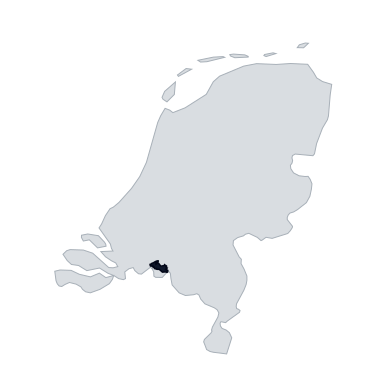 Alphen-Chaam, Noord-Brabant, Netherlands shown in context, rotated 5°
{"feature_id": "6326949B83177775989799", "entity_name": "Alphen-Chaam", "entity_type": "district", "adm_level": 2, "iso_a3": "NLD", "parent_name": "Netherlands", "parent_adm1": "Noord-Brabant", "projection": "mercator", "projection_center": [4.85, 51.507], "detail": "fine", "context": "in_parent", "style": "filled", "palette": "ink", "viewbox_px": 384, "rotation_deg": 5, "n_neighbors": 0, "source": "geoboundaries", "source_scale": "gbopen_adm2", "svg_char_len": 5128}
<svg xmlns="http://www.w3.org/2000/svg" viewBox="0 0 384 384"><g transform="rotate(5 192 192)"><path d="M240.6,350.3L233.7,350.0L227.3,349.8L223.9,349.3L220.3,347.7L218.7,344.3L216.7,340.3L217.2,337.8L223.2,330.8L224.1,328.9L223.5,327.9L224.1,324.8L228.7,314.3L229.3,310.1L227.3,307.1L224.3,305.4L214.6,302.3L210.0,297.9L207.9,294.0L205.7,292.9L202.5,294.2L194.5,295.7L188.0,293.6L180.3,286.3L178.5,279.8L177.5,274.8L175.6,273.0L173.0,275.6L169.8,279.7L163.3,280.2L161.4,279.2L161.1,277.0L160.8,274.8L159.0,272.1L157.1,270.6L148.8,278.2L145.8,278.1L141.9,275.3L140.0,272.4L135.8,274.0L132.0,277.5L133.3,284.1L131.3,285.3L126.6,284.7L121.3,282.0L115.4,280.3L106.5,275.8L94.1,279.5L85.4,275.1L78.2,274.7L73.7,271.2L68.9,265.3L72.3,261.4L75.6,260.0L88.8,259.3L98.4,261.6L115.6,274.5L120.0,274.4L124.6,272.8L122.2,269.3L117.9,267.6L111.5,264.1L106.4,259.3L118.4,257.7L116.7,255.2L115.2,250.9L102.5,235.9L104.7,231.8L107.8,223.1L111.8,215.8L115.0,213.9L120.2,208.7L131.5,193.6L138.6,181.2L144.0,166.5L151.8,125.7L154.2,118.7L157.9,111.0L162.7,112.4L166.0,114.6L177.7,108.8L197.7,93.5L203.6,80.3L209.4,74.2L232.5,62.1L245.2,58.5L264.8,57.6L279.0,55.4L296.1,54.7L302.5,62.1L306.3,67.5L312.4,70.6L321.8,72.6L321.2,83.3L321.3,104.4L320.6,108.2L316.4,117.0L311.9,132.9L310.7,143.3L309.3,145.3L291.5,145.2L288.9,147.0L288.6,149.3L289.5,151.9L289.1,154.6L287.7,156.8L288.4,160.2L291.5,164.1L297.2,166.5L303.2,166.7L306.3,166.3L308.6,169.1L310.8,173.4L310.7,178.7L309.8,186.0L306.9,192.6L298.7,200.3L295.0,203.0L291.5,204.4L289.9,206.4L289.1,209.0L289.3,211.2L295.1,217.4L295.0,218.8L293.3,222.0L291.0,225.0L275.9,231.2L269.7,230.7L266.1,233.8L265.0,234.4L261.0,231.5L252.2,228.2L248.9,229.4L247.1,231.2L241.5,233.4L237.5,236.8L237.5,241.2L244.6,252.5L247.0,254.7L247.1,259.0L250.6,264.3L254.0,270.9L254.4,275.1L254.0,279.4L252.2,285.4L246.1,299.5L246.0,302.2L246.6,304.2L248.6,304.8L250.2,305.9L249.8,307.7L238.4,317.5L236.9,319.2L232.1,318.7L231.4,320.3L232.0,323.0L233.9,325.3L238.0,326.5L241.5,328.9L244.3,333.8L240.6,350.3ZM121.3,282.0L120.3,286.0L117.7,290.5L108.8,297.0L99.5,301.3L94.7,300.7L91.4,298.5L89.6,296.2L84.6,293.9L77.8,292.8L73.5,295.2L70.5,297.5L67.8,297.2L65.8,295.2L64.3,292.3L62.2,282.9L67.3,281.2L78.4,280.6L87.0,283.8L98.2,285.4L106.8,280.9L113.6,284.8L121.3,282.0ZM102.6,243.7L109.2,249.6L110.6,251.5L111.1,253.5L102.8,255.9L93.9,248.6L88.0,250.3L85.8,246.9L85.7,244.7L91.8,242.9L102.6,243.7ZM165.9,96.4L159.2,104.4L155.1,102.2L153.9,100.3L156.0,94.1L165.9,83.8L165.9,96.4ZM195.5,60.9L189.2,61.8L186.4,60.3L201.5,55.8L211.1,54.4L212.8,55.0L195.5,60.9ZM236.2,52.7L222.9,54.5L218.4,53.1L217.7,51.8L221.3,51.0L232.7,50.8L236.2,52.0L236.2,52.7ZM180.9,69.7L168.4,78.0L167.3,76.7L175.4,69.5L180.9,69.7ZM290.6,38.6L284.3,39.0L286.1,36.0L291.9,33.7L295.0,33.7L290.6,38.6ZM263.5,46.8L254.0,50.6L251.7,49.8L252.3,48.7L260.6,46.3L263.5,46.8Z" fill="#d9dde1" stroke="#a8b0b8" stroke-width="1"/><path d="M174.2,274.2L174.3,274.1L174.2,274.1L174.2,273.9L174.0,273.5L174.1,273.3L174.1,273.1L174.3,272.7L174.5,272.5L174.7,272.4L174.6,272.2L174.3,272.4L174.1,272.6L174.0,272.4L173.5,271.9L173.5,271.6L172.7,271.5L172.8,271.4L173.0,271.4L173.0,271.2L173.3,271.0L173.4,270.9L173.6,270.6L173.4,270.5L173.0,270.3L173.3,270.0L173.2,270.0L173.2,269.9L172.8,270.1L172.7,270.1L172.6,269.9L172.6,269.7L172.8,269.3L172.8,269.1L172.9,268.8L172.9,268.6L173.0,268.4L172.9,268.4L172.5,268.2L172.4,268.2L172.5,267.7L172.3,267.7L172.2,267.7L172.0,267.3L171.5,267.4L171.4,267.4L171.0,266.9L170.6,267.7L167.5,268.6L166.0,267.1L165.3,266.3L165.2,266.2L164.5,265.6L163.7,266.0L163.4,266.0L163.2,266.0L163.1,266.4L163.1,266.6L162.9,266.8L162.7,266.7L162.6,266.8L162.6,266.7L162.4,266.7L162.2,266.7L162.2,266.4L162.3,266.3L162.5,266.2L162.4,265.9L162.4,265.6L162.7,265.3L162.8,265.3L163.3,265.0L163.5,264.8L164.4,264.0L164.4,263.9L164.3,263.5L164.0,263.5L163.9,263.6L163.7,263.6L163.0,263.8L162.7,263.9L162.7,264.0L162.6,264.3L162.4,264.3L162.3,264.2L162.1,264.2L162.0,264.3L161.7,264.5L161.0,264.9L161.2,265.1L160.7,265.2L160.2,265.6L160.1,265.8L159.8,265.9L159.7,265.9L159.4,266.0L158.8,266.3L158.6,266.5L158.3,266.6L158.0,266.7L158.0,266.9L158.0,267.0L157.9,267.0L157.7,267.1L157.4,267.5L157.1,267.6L156.6,267.6L156.5,267.8L156.5,268.0L156.6,268.3L156.7,268.6L156.9,269.1L157.0,269.1L157.2,269.3L157.3,269.4L158.3,269.1L158.5,269.2L158.8,269.2L158.7,269.3L158.8,269.3L158.8,269.5L159.0,269.7L159.1,269.8L159.3,269.8L159.5,269.9L159.6,269.7L159.8,269.7L160.0,269.7L160.0,269.8L160.2,270.0L160.2,269.9L160.2,270.0L160.3,269.9L160.4,270.0L160.5,270.0L160.8,270.1L161.1,270.2L161.2,270.3L161.3,270.7L161.2,270.7L161.2,270.9L161.3,271.0L161.4,271.4L161.4,271.5L161.5,271.5L162.0,271.7L162.4,271.6L162.5,271.6L162.8,271.8L163.0,271.8L163.1,271.7L163.1,271.8L163.3,271.8L163.6,271.9L163.6,272.0L164.2,272.1L164.5,272.0L164.9,271.9L165.6,272.0L166.2,272.0L166.6,272.3L167.7,273.0L167.9,273.1L168.0,273.2L168.0,273.3L169.0,274.1L169.3,274.2L169.5,274.3L169.8,274.4L170.0,274.2L170.3,274.1L170.6,274.0L170.8,274.2L171.0,274.1L171.3,274.1L171.5,274.1L171.8,274.0L171.8,273.9L172.0,273.9L174.2,274.2Z" fill="#0f172a" stroke="#020617" stroke-width="1.5"/></g></svg>